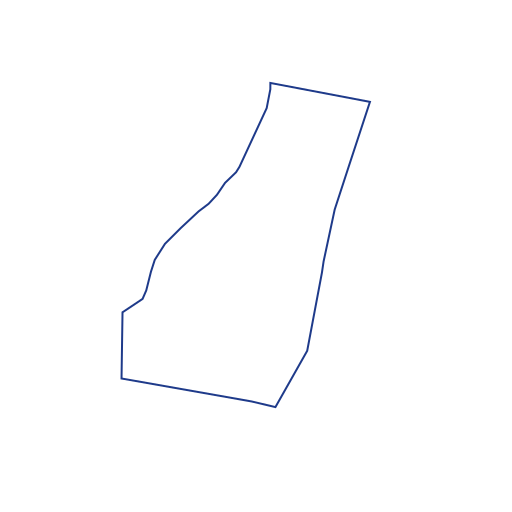 outline of Haumaefa, Tuvalu, rotated 237°
{"feature_id": "33948139B30087839008054", "entity_name": "Haumaefa", "entity_type": "district", "adm_level": 2, "iso_a3": "TUV", "parent_name": "Tuvalu", "parent_adm1": "", "projection": "equal_earth", "projection_center": [176.117, -5.676], "detail": "fine", "context": "isolated", "style": "outline", "palette": "blue", "viewbox_px": 512, "rotation_deg": 237, "n_neighbors": 0, "source": "geoboundaries", "source_scale": "gbopen_adm2", "svg_char_len": 477}
<svg xmlns="http://www.w3.org/2000/svg" viewBox="0 0 512 512"><g transform="rotate(237 256 256)"><path d="M118.7,190.0L148.6,247.3L206.1,302.2L214.6,309.7L252.1,347.3L280.7,382.7L323.2,435.5L393.3,362.3L388.0,358.8L374.2,345.5L339.8,290.7L337.1,284.9L334.2,269.9L328.6,256.6L325.6,244.7L324.7,232.3L320.4,208.0L315.8,186.3L307.9,169.0L300.0,159.3L286.9,145.2L281.8,137.5L281.5,113.4L226.5,76.5L136.4,173.1L118.7,190.0Z" fill="none" stroke="#1e3a8a" stroke-width="2"/></g></svg>